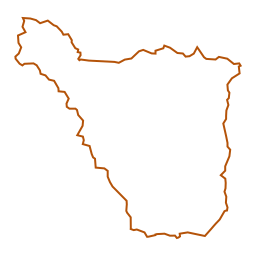 Trujillo Alto, Puerto Rico (Robinson projection), rotated 180°
{"feature_id": "32010507B87242959394677", "entity_name": "Trujillo Alto", "entity_type": "district", "adm_level": 2, "iso_a3": "PRI", "parent_name": "Puerto Rico", "parent_adm1": "", "projection": "robinson", "projection_center": [-65.993, 18.337], "detail": "fine", "context": "isolated", "style": "outline", "palette": "amber", "viewbox_px": 256, "rotation_deg": 180, "n_neighbors": 0, "source": "geoboundaries", "source_scale": "gbopen_adm2", "svg_char_len": 1909}
<svg xmlns="http://www.w3.org/2000/svg" viewBox="0 0 256 256"><g transform="rotate(180 128 128)"><path d="M107.6,19.3L100.6,20.9L100.6,21.5L99.1,21.9L91.5,22.3L86.0,20.3L81.0,20.4L79.1,18.0L77.5,18.5L76.0,19.6L76.3,22.3L68.3,23.6L51.1,20.0L44.8,27.1L42.5,29.8L40.2,32.4L36.3,36.5L31.5,44.8L30.4,45.3L29.0,45.5L28.5,48.6L30.1,53.3L29.7,59.3L31.5,64.3L30.5,67.6L30.3,72.9L30.3,73.2L30.7,77.3L35.2,80.8L30.8,85.3L30.8,89.7L26.6,99.7L25.8,106.3L28.5,109.4L28.5,113.1L29.9,120.0L32.7,132.5L29.9,137.0L29.9,140.1L29.6,145.6L27.6,151.0L28.9,156.1L27.2,157.9L26.6,163.3L28.1,165.6L28.6,171.4L24.1,177.7L16.4,182.6L17.2,189.5L15.4,190.3L16.8,192.6L22.1,192.0L28.7,197.3L37.1,199.1L40.4,196.5L49.7,197.1L52.0,198.8L58.8,208.8L62.2,202.4L66.5,199.8L70.4,199.4L73.1,202.5L78.6,203.0L86.0,208.3L91.7,210.4L92.7,207.7L100.5,205.3L100.5,202.4L104.4,202.6L112.8,206.1L117.0,204.7L124.6,197.5L131.2,196.4L137.2,193.2L141.6,194.1L167.1,195.4L175.3,196.5L176.6,195.8L177.7,197.1L175.4,200.8L175.6,203.4L178.3,203.9L177.8,206.5L180.7,207.8L184.4,213.7L184.2,215.8L187.8,221.8L192.6,221.3L194.2,224.3L199.3,229.7L202.3,230.8L208.2,235.4L215.9,232.8L220.0,235.9L225.7,237.5L233.1,238.0L231.8,235.1L233.5,229.2L230.5,223.8L238.0,220.5L237.5,213.1L234.8,208.7L237.2,202.5L240.6,199.4L240.4,197.3L236.4,192.3L233.6,190.6L231.6,192.2L222.5,192.6L219.3,190.7L216.1,185.6L215.4,182.2L210.5,180.6L207.0,176.4L201.9,175.2L197.6,167.8L197.4,164.7L191.4,164.1L187.3,157.4L189.5,152.4L189.2,149.2L186.5,147.3L180.5,147.3L179.0,146.0L177.8,141.0L172.9,135.4L173.4,130.2L178.7,120.8L173.1,119.4L172.2,115.8L173.2,111.9L166.4,110.0L164.3,102.0L162.9,98.6L161.0,97.3L160.3,88.4L151.6,87.6L148.3,85.1L148.3,79.3L146.0,73.8L144.4,71.1L143.5,69.5L135.5,61.4L129.4,55.2L129.2,51.7L129.7,45.1L128.9,43.3L125.3,38.7L125.2,27.9L125.3,27.0L122.3,25.9L119.2,26.5L111.5,23.6L108.9,19.2L107.6,19.3Z" fill="none" stroke="#b45309" stroke-width="2"/></g></svg>